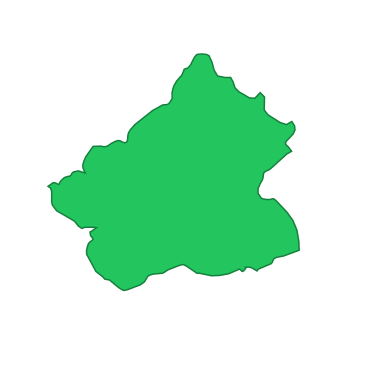 outline of Bragança, rotated 35°
{"feature_id": "PRT-750", "entity_name": "Bragança", "entity_type": "District", "adm_level": 1, "iso_a3": "PRT", "parent_name": "Portugal", "parent_adm1": "", "projection": "equal_earth", "projection_center": [-6.92, 41.518], "detail": "fine", "context": "isolated", "style": "filled", "palette": "green", "viewbox_px": 384, "rotation_deg": 35, "n_neighbors": 0, "source": "natural_earth", "source_scale": "10m", "svg_char_len": 2298}
<svg xmlns="http://www.w3.org/2000/svg" viewBox="0 0 384 384"><g transform="rotate(35 192 192)"><path d="M258.8,247.3L256.1,249.4L244.5,254.4L242.7,255.7L229.8,255.9L226.3,256.5L224.0,259.0L217.0,269.5L215.5,273.4L214.4,275.5L207.4,281.4L204.8,284.7L204.1,286.5L204.6,292.9L202.9,297.7L195.1,309.2L192.4,311.9L187.0,312.4L174.8,311.4L170.7,313.4L167.3,312.6L158.9,312.2L141.4,303.4L139.3,300.7L137.8,297.1L136.8,293.7L137.0,291.4L137.9,289.1L138.0,287.2L136.1,286.5L134.7,286.2L133.4,285.4L132.3,284.3L131.4,283.3L132.3,281.5L134.1,276.0L132.1,277.0L124.5,282.3L122.7,285.0L118.7,285.1L112.3,283.3L96.9,284.6L91.8,285.0L85.2,282.8L82.7,280.6L76.8,272.1L73.8,269.9L70.8,269.9L72.1,266.4L72.4,265.2L73.2,263.7L75.1,262.9L77.9,262.5L78.6,262.0L78.3,260.6L78.2,258.9L78.4,256.8L79.2,253.4L80.9,251.0L82.9,248.9L83.3,247.8L82.9,246.2L83.4,243.5L86.8,239.9L93.6,237.7L89.0,234.9L87.3,232.9L85.9,229.4L84.8,224.1L84.8,211.4L91.3,206.5L93.1,205.9L94.8,204.8L96.5,202.6L98.0,198.6L100.3,194.2L102.2,192.0L104.1,191.2L105.9,191.1L107.7,190.6L109.1,189.9L109.8,188.5L109.5,186.9L108.7,185.1L107.6,183.5L106.7,181.7L106.0,179.6L105.8,176.2L106.6,169.4L113.0,147.8L118.0,137.6L119.7,136.0L120.8,135.4L121.9,133.9L122.4,132.5L122.3,128.9L122.1,126.8L118.6,121.9L116.8,117.3L116.2,114.7L115.8,110.1L116.3,104.9L116.7,102.3L115.6,97.2L115.2,95.9L117.5,92.7L117.9,88.6L116.7,80.3L117.1,76.7L118.5,75.2L121.5,72.9L125.0,71.0L127.8,70.6L134.2,74.4L140.2,79.5L146.4,82.3L153.3,79.3L158.0,76.0L159.7,76.9L162.5,78.2L167.3,81.9L172.8,83.0L185.0,82.0L189.7,79.2L190.9,71.5L196.9,72.6L204.1,83.4L210.0,85.2L224.0,84.6L230.7,82.6L233.3,77.0L238.1,79.0L240.8,82.1L241.6,86.4L240.0,97.5L241.6,99.3L245.1,99.8L250.2,101.5L247.9,106.4L243.1,127.4L242.3,129.8L240.9,132.0L239.8,134.4L240.4,136.7L241.7,138.9L242.6,141.3L243.1,146.1L244.1,151.2L246.9,155.3L252.4,157.3L254.5,156.8L257.4,155.3L260.1,153.5L261.4,151.9L262.8,150.7L265.5,150.8L281.5,154.1L291.1,157.5L300.0,163.2L308.4,171.8L311.1,175.6L313.2,178.2L303.8,191.8L298.7,197.1L297.4,199.7L297.6,201.8L298.1,203.5L298.0,205.2L290.6,217.1L290.5,219.4L284.4,219.8L281.6,220.9L279.1,222.9L279.7,223.0L279.8,224.6L279.6,226.6L279.1,228.0L278.3,228.3L275.9,227.8L275.1,228.0L268.9,238.0L262.5,244.5L258.8,247.3Z" fill="#22c55e" stroke="#15803d" stroke-width="1.5"/></g></svg>